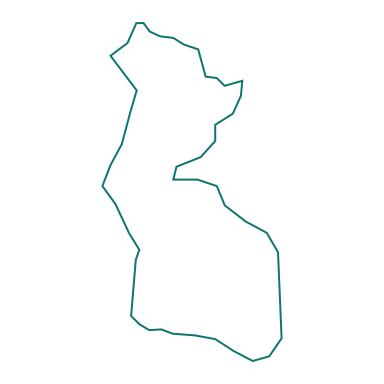 the border of Lira
{"feature_id": "UGA-3099", "entity_name": "Lira", "entity_type": "District", "adm_level": 1, "iso_a3": "UGA", "parent_name": "Uganda", "parent_adm1": "", "projection": "orthographic", "projection_center": [32.907, 2.332], "detail": "fine", "context": "isolated", "style": "outline", "palette": "teal", "viewbox_px": 384, "rotation_deg": 0, "n_neighbors": 0, "source": "natural_earth", "source_scale": "10m", "svg_char_len": 676}
<svg xmlns="http://www.w3.org/2000/svg" viewBox="0 0 384 384"><path d="M130.1,113.0L136.7,90.4L110.5,55.8L127.5,43.0L136.3,23.2L143.5,23.0L149.7,31.5L160.2,36.4L173.3,37.9L183.7,44.5L198.2,49.4L205.7,76.7L216.7,78.0L224.6,85.8L242.3,80.8L240.9,95.8L232.9,113.6L215.2,124.8L215.2,141.0L200.7,157.1L176.5,166.7L173.3,179.6L197.5,179.6L216.8,186.1L224.8,205.4L245.8,221.6L266.7,232.8L278.0,252.2L281.6,338.3L269.3,356.3L252.7,361.0L233.6,351.0L215.2,339.1L194.9,335.4L172.6,333.7L161.3,329.4L149.2,330.1L139.5,324.3L131.1,316.0L135.8,259.9L139.3,249.7L129.2,233.4L115.3,203.8L102.4,186.1L110.5,165.1L121.8,144.2L130.1,113.0Z" fill="none" stroke="#0f766e" stroke-width="2"/></svg>